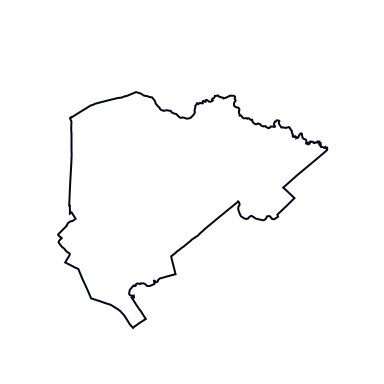 Butimanu, Dâmbovita, Romania (Albers equal-area conic projection), rotated 163°
{"feature_id": "2599482B27210810960629", "entity_name": "Butimanu", "entity_type": "district", "adm_level": 2, "iso_a3": "ROU", "parent_name": "Romania", "parent_adm1": "Dâmbovita", "projection": "albers", "projection_center": [25.868, 44.685], "detail": "fine", "context": "isolated", "style": "outline", "palette": "ink", "viewbox_px": 384, "rotation_deg": 163, "n_neighbors": 0, "source": "geoboundaries", "source_scale": "gbopen_adm2", "svg_char_len": 5924}
<svg xmlns="http://www.w3.org/2000/svg" viewBox="0 0 384 384"><g transform="rotate(163 192 192)"><path d="M216.3,303.9L225.5,303.0L227.7,302.9L228.0,303.2L228.4,303.2L231.0,302.9L231.5,303.0L232.1,302.9L235.1,303.5L239.1,303.8L255.1,304.6L259.3,304.7L260.1,304.4L261.9,304.3L263.3,304.4L275.0,301.4L282.6,299.3L285.4,298.6L285.5,298.9L287.0,298.4L287.1,298.2L287.1,297.7L286.7,295.2L286.9,294.0L288.8,288.5L289.6,285.7L290.0,283.6L295.1,266.9L296.1,263.1L299.1,254.5L305.9,236.1L313.4,215.0L312.8,214.8L315.0,207.1L313.1,207.7L311.1,200.4L314.6,199.2L315.8,199.4L316.9,199.3L318.3,199.1L319.0,198.8L320.1,198.2L321.1,197.1L321.4,197.0L321.4,196.5L321.7,196.3L332.4,190.6L332.5,189.7L332.0,189.2L331.6,187.9L330.1,186.4L330.2,185.8L332.8,184.6L334.2,183.2L334.2,182.2L332.6,177.9L330.6,174.9L330.2,173.6L329.3,171.7L328.7,170.8L327.2,169.3L327.0,168.9L327.0,168.5L327.1,168.0L328.1,166.9L333.9,161.7L328.6,156.6L326.7,154.7L323.2,151.6L322.2,141.0L320.4,127.6L319.6,119.8L312.6,114.9L307.4,111.1L302.7,107.9L297.5,101.9L295.9,99.9L294.9,98.0L293.1,94.3L292.0,90.7L290.7,85.8L290.4,84.3L290.1,83.5L288.1,79.3L287.8,79.6L280.8,82.0L273.3,84.1L274.7,89.0L275.2,90.7L275.6,92.5L276.4,94.9L276.7,95.1L277.6,98.5L277.9,99.1L279.4,104.6L280.5,108.4L278.5,107.9L278.3,108.0L278.0,110.0L278.8,110.1L280.2,110.5L281.5,111.6L281.8,112.2L281.9,112.8L281.7,113.6L280.7,115.4L280.4,116.2L279.6,116.9L277.3,118.4L276.2,119.0L275.4,119.6L274.9,119.5L274.1,118.7L273.5,118.7L273.0,119.2L273.0,119.8L271.6,120.5L270.5,120.3L269.5,119.7L268.4,119.6L268.4,119.2L266.6,119.3L265.8,119.1L264.7,118.5L264.0,117.9L263.3,117.0L263.0,116.0L262.5,115.4L260.8,114.7L259.5,114.5L255.6,114.9L254.6,115.2L254.4,118.2L254.3,118.3L253.9,118.2L253.4,117.6L253.2,116.7L252.6,116.2L251.8,116.5L251.1,116.3L250.2,117.6L248.2,118.7L235.3,118.4L231.8,118.2L231.5,122.8L231.0,133.6L230.7,136.6L225.1,138.7L224.2,139.4L222.7,139.8L217.1,142.0L215.4,142.4L213.8,143.2L206.9,146.0L206.4,146.4L206.0,146.6L202.7,147.5L201.9,147.9L199.7,148.3L195.8,150.4L193.3,151.4L192.9,151.7L190.5,152.9L170.8,161.1L151.2,169.1L150.7,169.5L150.1,168.5L150.0,167.0L150.3,165.7L151.8,164.5L152.6,162.8L152.9,161.4L152.7,157.0L152.3,154.6L150.2,151.9L148.5,150.6L146.6,150.1L144.1,151.5L142.5,151.9L141.7,151.5L138.6,147.8L132.6,144.3L131.3,144.0L129.5,144.7L128.5,145.4L127.6,146.7L126.0,146.6L124.7,146.2L123.2,142.7L121.3,141.9L116.9,143.2L117.0,145.4L106.3,150.7L95.8,156.2L101.5,166.3L103.5,169.5L86.1,177.5L63.9,186.8L51.6,192.1L50.4,192.8L50.3,194.3L49.8,194.5L49.9,194.9L51.2,194.7L51.6,195.1L51.6,195.3L51.2,195.9L51.3,196.2L51.5,196.1L52.6,195.5L53.9,196.8L54.2,197.0L55.3,197.1L55.6,197.5L55.7,198.5L55.0,199.2L55.1,199.4L56.1,199.6L56.3,199.8L56.4,200.4L56.0,200.9L55.6,201.0L54.9,200.8L54.7,201.1L55.7,201.7L55.8,202.0L55.4,203.0L55.6,203.1L55.9,203.0L56.2,202.5L56.7,202.4L57.0,202.6L57.0,203.4L57.2,203.6L57.6,203.2L57.8,202.7L58.4,202.9L58.9,203.2L60.5,202.9L61.2,203.2L61.4,203.6L61.2,204.1L61.5,204.5L62.9,205.2L63.6,205.0L63.8,205.6L64.0,205.6L64.3,205.0L64.5,204.9L65.2,205.3L65.5,205.2L65.7,204.8L65.5,204.3L65.6,203.8L66.4,203.6L67.0,203.6L67.3,204.0L67.3,204.3L67.1,205.2L67.3,205.4L68.4,204.9L68.6,204.9L68.7,205.4L68.3,206.0L67.9,206.2L67.7,208.1L67.8,208.6L68.0,208.9L69.4,210.0L70.3,211.0L70.3,214.0L69.9,215.3L69.9,215.7L70.1,215.9L70.8,216.2L71.8,215.8L73.4,214.5L74.4,213.1L74.7,213.0L76.0,213.0L75.7,213.3L75.8,213.4L75.9,213.6L76.2,213.6L76.8,215.0L77.3,214.9L77.7,214.5L78.2,215.0L79.3,215.4L79.3,215.8L79.2,216.3L78.7,216.3L78.5,216.6L78.8,217.5L79.2,219.8L78.6,221.2L79.0,222.1L79.5,222.7L79.6,222.9L79.4,224.0L79.9,224.8L79.9,225.3L80.2,225.7L80.6,225.8L81.8,225.7L82.7,226.0L83.7,225.8L84.8,226.4L85.8,227.2L86.9,227.3L87.7,227.6L88.5,230.3L88.9,231.9L88.4,233.6L87.9,233.9L87.7,234.2L87.9,234.7L88.1,234.9L89.7,235.7L90.1,235.7L91.1,234.9L92.2,235.1L92.4,235.0L93.9,232.8L93.5,230.8L93.6,230.2L93.9,230.1L95.3,230.6L95.6,230.8L95.8,231.1L97.0,231.3L97.7,231.6L98.2,231.0L98.6,230.8L99.3,230.7L100.7,231.0L101.1,231.4L101.6,232.2L102.5,233.0L102.5,233.5L104.5,233.8L104.9,234.2L105.6,234.5L106.2,235.1L106.8,236.0L107.1,236.6L107.2,237.2L108.1,237.6L108.9,238.3L110.8,237.9L111.0,238.0L111.8,238.7L112.6,239.5L113.1,240.3L113.7,242.5L113.3,243.0L113.5,243.6L114.9,244.0L115.3,244.5L115.6,245.3L116.4,246.0L117.0,246.1L117.5,245.8L117.8,245.9L117.9,246.5L118.2,246.7L120.8,247.3L121.3,247.6L121.7,248.2L122.3,249.5L122.5,250.4L122.7,250.8L123.3,251.0L123.8,250.9L124.1,251.1L123.8,252.1L123.8,252.9L124.0,254.1L123.8,254.8L123.4,255.2L123.4,255.7L123.3,256.0L122.7,256.7L122.5,257.2L122.6,257.9L122.8,258.2L122.8,258.6L123.1,259.2L124.5,259.8L125.8,261.0L126.4,262.1L126.5,262.7L126.0,264.3L125.6,264.9L124.9,265.6L124.2,266.0L123.6,266.6L123.6,267.1L124.0,268.6L123.1,269.9L123.0,270.3L123.0,270.7L123.2,271.0L123.8,271.8L124.0,271.9L126.0,272.4L126.8,272.9L128.8,272.8L131.3,272.3L134.6,272.3L135.0,273.3L135.5,273.4L136.4,274.1L136.6,274.1L138.4,275.4L138.6,276.1L138.7,276.6L139.3,276.8L140.3,276.7L141.1,277.0L142.0,277.2L142.4,276.5L143.8,275.3L145.1,275.3L145.8,274.8L145.7,274.1L145.4,273.4L147.0,273.0L148.6,273.0L149.2,273.4L150.4,275.0L151.1,275.8L151.8,275.9L152.5,275.1L152.7,274.4L153.6,274.7L154.2,275.7L155.1,275.7L155.7,274.9L155.8,273.7L157.2,274.1L158.7,275.0L159.5,274.5L160.3,274.2L161.2,275.4L162.6,274.1L163.7,273.4L163.8,272.5L165.8,269.2L165.8,267.7L166.1,267.2L166.4,266.7L168.2,265.2L171.5,263.4L173.2,263.3L175.7,263.7L178.2,265.6L178.7,265.8L181.2,266.3L181.5,266.5L182.4,267.6L184.3,271.2L186.4,272.4L187.5,273.6L187.9,273.7L188.8,276.0L190.1,276.4L191.9,277.4L193.3,277.8L194.0,277.9L195.0,277.7L196.2,278.5L197.9,280.0L198.2,280.6L198.5,281.7L198.4,282.2L198.5,282.6L199.4,283.7L199.8,284.5L200.3,285.9L200.7,286.6L200.9,287.3L200.8,288.1L200.9,289.0L200.9,290.3L202.6,294.2L203.8,294.8L204.6,295.0L206.5,296.6L209.6,298.1L211.2,300.0L212.8,301.6L216.3,303.9Z" fill="none" stroke="#020617" stroke-width="2"/></g></svg>